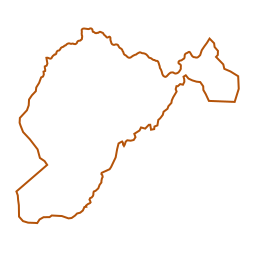 outline of Bangassou, Mbomou, Central African Republic, rotated 182°
{"feature_id": "33826404B81358030227477", "entity_name": "Bangassou", "entity_type": "district", "adm_level": 2, "iso_a3": "CAF", "parent_name": "Central African Republic", "parent_adm1": "Mbomou", "projection": "albers", "projection_center": [23.188, 5.123], "detail": "fine", "context": "isolated", "style": "outline", "palette": "amber", "viewbox_px": 256, "rotation_deg": 182, "n_neighbors": 0, "source": "geoboundaries", "source_scale": "gbopen_adm2", "svg_char_len": 5915}
<svg xmlns="http://www.w3.org/2000/svg" viewBox="0 0 256 256"><g transform="rotate(182 128 128)"><path d="M166.9,47.8L167.3,48.9L165.5,50.5L163.4,51.6L162.8,52.4L163.3,53.9L164.0,55.0L163.4,56.6L161.9,57.3L160.7,58.8L160.3,60.1L160.3,61.9L160.0,63.3L158.2,64.1L155.6,66.6L154.4,70.2L152.7,72.6L152.7,74.2L152.3,76.7L151.6,78.2L152.0,79.9L153.0,81.1L152.7,82.3L144.9,86.2L143.5,88.5L139.3,98.2L138.1,106.6L136.9,112.2L135.7,113.0L133.4,114.3L132.6,113.2L132.3,111.2L131.4,109.9L130.7,111.2L129.8,114.3L128.3,115.7L124.9,115.4L121.9,116.2L120.2,119.1L121.5,122.4L116.4,125.9L115.0,129.0L110.8,128.0L107.3,131.9L105.9,132.0L104.9,127.1L101.8,127.8L101.6,130.4L98.7,131.6L98.0,137.1L96.2,138.8L93.7,142.3L93.0,145.5L89.2,148.6L88.4,151.2L85.5,154.6L85.2,157.1L83.9,160.3L80.7,166.1L81.7,168.5L81.0,171.5L79.7,171.5L77.4,173.7L74.6,173.2L73.3,176.1L73.5,178.7L74.3,181.2L72.1,182.7L69.3,179.5L65.3,177.8L61.1,176.7L57.4,176.4L54.3,172.3L54.0,168.6L51.5,164.6L48.1,157.9L22.3,157.8L18.7,171.0L19.7,183.6L27.6,188.1L33.8,190.5L35.0,194.9L42.5,202.1L40.8,204.1L40.8,208.2L44.3,212.0L44.9,215.7L49.6,220.2L52.1,215.8L54.7,212.0L57.0,208.3L58.4,203.4L59.8,201.9L60.5,201.3L60.8,201.1L61.0,201.0L61.6,200.8L62.0,200.8L62.7,200.8L63.8,201.1L64.1,201.1L64.8,201.1L65.0,201.2L65.5,201.5L65.8,201.7L66.4,202.2L66.6,202.5L67.2,203.4L68.0,204.7L68.6,205.6L68.7,205.8L69.0,206.0L69.3,206.1L69.5,206.2L69.9,206.1L70.2,206.0L71.1,205.3L71.5,205.1L72.7,204.5L73.0,204.3L73.3,204.0L73.6,203.5L73.8,203.0L73.9,202.6L73.9,201.1L74.0,200.4L74.1,199.9L74.4,199.4L74.7,199.1L75.7,198.5L76.0,198.2L76.4,197.9L76.8,197.6L77.2,197.4L78.3,197.2L78.7,197.0L78.9,196.9L79.3,196.6L79.5,196.3L79.8,195.8L79.8,195.5L79.8,194.9L79.8,194.7L79.6,194.4L79.3,194.1L79.1,194.0L78.3,193.5L77.9,193.3L77.8,193.2L77.5,192.8L77.4,192.4L77.3,192.0L77.4,190.3L77.3,189.8L77.3,189.2L77.4,188.6L77.9,187.7L78.9,186.1L79.4,185.5L80.1,184.9L80.8,184.5L81.8,184.2L82.1,184.1L82.5,184.1L83.1,184.2L83.4,184.3L84.0,184.6L84.7,185.0L85.1,185.1L85.5,185.1L86.4,185.0L87.0,184.9L87.4,184.8L87.6,184.6L88.2,184.2L89.2,183.3L90.8,181.4L91.4,180.9L91.8,180.6L92.0,180.5L92.5,180.4L92.7,180.5L93.0,180.5L93.8,180.9L94.1,181.1L94.4,181.3L94.7,181.6L94.9,182.0L95.2,182.4L95.5,183.0L95.7,183.5L96.2,185.3L97.1,187.5L98.0,188.8L98.2,189.1L98.3,189.6L98.5,190.9L99.0,192.1L99.2,192.8L99.8,194.4L100.1,195.0L100.2,195.3L100.4,195.5L100.7,195.8L101.0,196.0L101.4,196.1L102.3,196.1L102.8,196.2L103.1,196.4L103.8,196.8L104.0,196.9L104.9,196.9L105.9,197.4L106.2,197.6L106.8,198.1L107.0,198.3L107.3,198.4L108.1,198.7L108.9,198.9L109.5,199.1L109.7,199.3L109.9,199.5L110.5,200.4L111.6,201.5L112.2,202.1L112.9,202.5L113.5,202.8L114.2,203.0L114.9,203.2L115.7,203.2L116.5,203.3L117.2,203.5L117.9,203.9L118.3,204.0L119.0,204.0L119.6,203.7L120.5,203.2L121.2,202.8L121.9,202.2L122.3,201.8L122.6,201.7L123.7,201.3L124.2,201.1L124.8,200.7L125.6,200.3L126.4,199.7L127.5,198.8L127.8,198.6L128.6,198.3L128.9,198.3L129.4,198.3L129.7,198.3L130.2,198.5L130.6,198.7L131.3,199.2L132.1,200.0L132.5,200.3L133.6,200.9L134.1,201.2L134.4,201.5L134.7,201.9L134.9,202.3L135.3,203.6L135.6,204.1L136.1,204.8L136.7,206.2L136.9,206.4L137.1,206.6L137.5,206.9L137.9,207.2L138.5,207.5L139.1,207.8L139.3,208.0L139.7,208.5L140.0,208.9L140.6,210.0L140.9,210.4L141.0,210.6L141.6,210.9L142.3,211.1L142.8,211.1L143.2,211.1L143.5,211.0L144.6,210.6L144.8,210.6L145.3,210.6L145.7,210.7L146.0,210.8L146.6,211.1L146.9,211.3L147.1,211.6L147.6,212.3L148.0,213.7L148.4,214.6L148.5,215.0L148.6,215.5L148.7,216.1L148.7,217.4L148.9,217.9L149.1,218.2L149.3,218.4L149.5,218.5L149.8,218.6L150.1,218.5L151.1,217.9L151.5,217.8L151.8,217.7L152.0,217.7L152.3,217.8L152.6,218.0L153.6,219.1L154.1,219.5L155.1,220.3L155.6,220.9L155.9,221.5L156.2,221.9L156.4,222.1L156.8,222.3L157.6,222.5L158.4,222.9L159.1,223.1L159.4,223.1L159.6,223.1L159.8,223.0L160.0,222.9L160.5,222.5L160.9,222.2L161.1,222.1L161.5,222.0L161.9,222.1L162.0,222.1L162.8,221.7L163.2,221.7L163.6,221.7L164.1,221.8L164.4,222.0L165.1,222.5L165.5,222.7L165.7,222.8L166.1,222.8L166.3,222.9L166.5,223.0L166.8,223.9L166.9,224.5L167.0,224.9L167.1,225.2L167.4,225.5L167.7,225.9L168.1,226.1L168.4,226.2L168.9,226.2L169.3,226.2L170.4,225.6L170.8,225.5L171.5,225.5L173.3,225.7L174.4,225.8L175.3,225.9L176.0,225.8L176.7,225.6L177.3,225.1L177.5,224.8L177.6,224.6L177.7,224.4L177.7,224.0L177.6,223.3L177.5,222.4L177.5,221.9L177.6,220.9L177.4,219.5L177.4,219.1L177.1,218.7L177.0,218.1L177.0,217.1L177.2,216.3L177.1,215.5L177.5,214.9L177.8,214.6L178.2,214.4L178.4,214.0L178.8,213.7L179.3,213.6L179.9,213.6L181.3,212.9L181.7,212.3L182.0,211.3L182.5,210.7L183.0,210.3L183.6,210.0L184.3,210.0L185.0,210.1L185.6,210.3L185.9,210.4L186.6,210.4L187.8,210.1L188.4,210.2L189.0,210.4L189.5,210.5L190.3,210.5L191.1,210.2L191.7,209.9L192.3,209.4L193.2,208.4L193.4,208.3L193.7,208.3L194.2,208.1L194.5,207.9L194.8,207.6L195.1,207.2L195.3,207.0L195.9,206.8L196.4,206.6L197.0,206.3L197.8,205.7L198.1,205.2L198.6,204.2L199.2,203.4L199.8,203.0L200.5,202.9L201.0,202.7L201.4,202.4L201.7,201.9L202.0,201.4L202.2,201.0L202.2,200.4L202.3,199.8L202.7,199.3L203.0,199.0L203.4,198.9L203.7,198.9L203.8,198.9L204.0,198.9L204.5,198.3L204.7,198.2L205.0,197.9L205.6,197.4L206.0,196.8L206.4,196.2L206.7,195.5L207.0,195.0L207.4,194.8L208.0,194.6L208.5,194.7L209.1,194.8L210.3,195.3L210.9,195.4L211.4,195.4L212.0,195.3L210.8,189.6L211.5,187.5L213.3,186.6L213.2,185.1L212.8,183.5L212.8,182.1L214.4,181.4L214.0,178.6L214.7,176.5L216.6,175.5L218.4,170.0L221.1,165.3L221.4,161.6L225.2,157.3L227.9,153.0L228.0,147.2L229.6,142.2L236.4,134.3L236.5,129.4L235.5,126.7L232.7,120.3L225.7,113.3L217.6,103.5L215.0,95.0L210.2,92.0L207.5,88.3L237.3,60.7L235.8,56.8L235.3,52.2L234.4,47.1L233.8,35.6L229.7,31.3L224.5,29.9L217.8,29.9L215.4,29.8L213.2,33.5L209.3,35.9L203.3,36.2L201.1,37.9L191.0,37.7L184.3,35.6L181.2,36.1L177.9,38.6L175.9,40.8L172.8,41.7L170.2,44.0L168.8,47.5L166.9,47.8Z" fill="none" stroke="#b45309" stroke-width="2"/></g></svg>